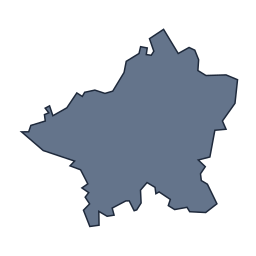 Ilinden, Ilinden, North Macedonia (Mercator projection), rotated 4°
{"feature_id": "65306769B96120860372222", "entity_name": "Ilinden", "entity_type": "district", "adm_level": 2, "iso_a3": "MKD", "parent_name": "North Macedonia", "parent_adm1": "Ilinden", "projection": "mercator", "projection_center": [21.621, 41.998], "detail": "fine", "context": "isolated", "style": "filled", "palette": "slate", "viewbox_px": 256, "rotation_deg": 4, "n_neighbors": 0, "source": "geoboundaries", "source_scale": "gbopen_adm2", "svg_char_len": 1054}
<svg xmlns="http://www.w3.org/2000/svg" viewBox="0 0 256 256"><g transform="rotate(4 128 128)"><path d="M156.6,27.1L143.2,37.4L148.4,49.6L146.1,53.8L141.1,53.5L141.6,46.8L134.9,46.0L133.8,52.9L121.6,61.6L120.2,72.9L110.2,92.3L102.6,95.1L92.3,92.5L82.3,95.4L80.2,99.7L74.5,96.6L65.6,112.1L52.2,121.0L48.2,111.4L44.0,114.0L47.9,118.4L43.7,120.5L45.0,126.8L30.9,132.2L29.2,138.7L22.1,139.3L45.0,156.4L77.0,164.7L72.8,169.8L83.6,173.0L91.8,186.5L86.2,191.0L93.3,195.2L90.1,200.0L95.0,206.4L89.3,213.1L96.8,228.9L105.9,227.0L104.7,213.2L113.3,217.5L120.2,215.9L117.8,209.0L130.9,200.9L134.3,200.6L139.9,210.1L142.4,209.1L146.3,201.9L144.8,189.1L150.8,181.1L159.1,185.3L160.4,191.6L163.5,189.6L175.2,196.3L173.6,202.6L180.2,206.1L192.4,203.0L195.4,207.2L211.4,206.9L222.0,197.4L211.1,178.5L204.8,175.3L203.5,168.6L207.8,161.2L200.3,155.0L211.7,151.2L214.8,124.2L225.9,122.4L221.7,114.4L233.0,95.9L233.9,72.2L222.1,68.2L202.1,70.2L193.7,65.8L193.7,55.0L189.2,45.7L183.3,43.4L172.9,50.2L156.6,27.1Z" fill="#64748b" stroke="#1e293b" stroke-width="1.5"/></g></svg>